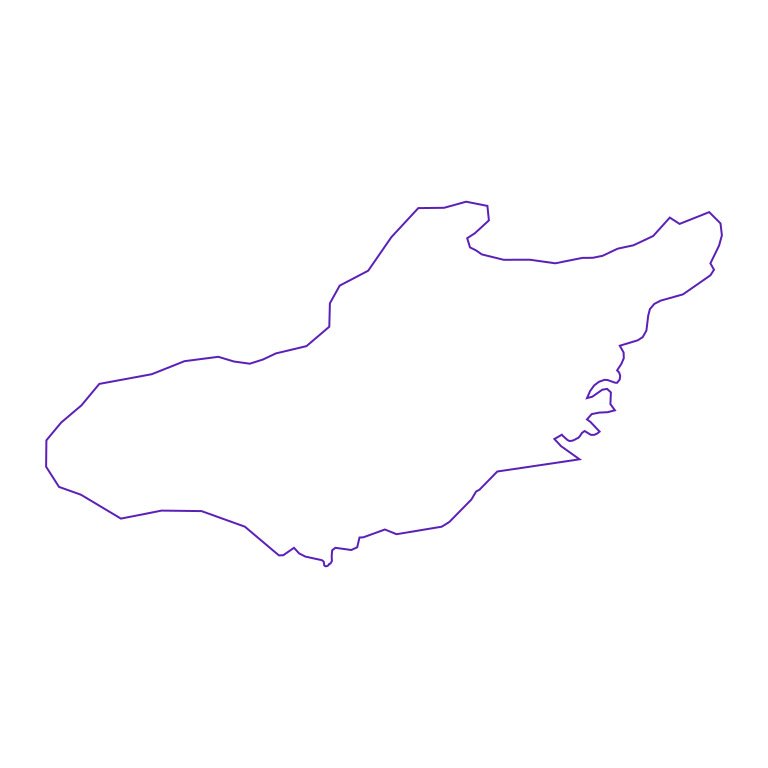 Adiyaman, Robinson projection
{"feature_id": "TUR-2281", "entity_name": "Adiyaman", "entity_type": "Province", "adm_level": 1, "iso_a3": "TUR", "parent_name": "Turkey", "parent_adm1": "", "projection": "robinson", "projection_center": [38.577, 37.82], "detail": "fine", "context": "isolated", "style": "outline", "palette": "violet", "viewbox_px": 768, "rotation_deg": 0, "n_neighbors": 0, "source": "natural_earth", "source_scale": "10m", "svg_char_len": 1764}
<svg xmlns="http://www.w3.org/2000/svg" viewBox="0 0 768 768"><path d="M120.9,518.6L80.9,494.7L59.0,486.9L46.1,466.7L46.4,440.3L61.1,422.6L81.5,405.3L99.3,383.9L151.8,374.2L184.4,361.2L218.3,356.8L233.9,361.5L249.8,363.7L263.0,359.5L275.9,353.4L306.5,346.1L329.3,326.7L329.9,303.3L339.7,285.6L368.2,270.7L391.4,237.1L418.3,208.1L444.1,207.8L466.1,201.7L487.4,205.9L488.9,220.4L474.8,233.3L467.2,238.2L470.0,247.4L475.9,250.3L481.8,254.4L503.7,259.8L529.6,259.7L555.3,263.3L582.3,257.9L592.8,257.8L602.6,255.8L617.6,248.7L633.4,245.3L653.2,236.0L669.8,217.6L679.6,223.9L709.2,212.1L720.5,223.4L721.9,235.3L719.1,245.5L710.4,263.4L714.0,269.7L710.5,275.2L697.2,284.5L682.9,294.4L660.7,300.6L654.3,303.9L649.9,309.1L648.2,315.7L646.4,330.6L642.7,337.1L637.8,340.3L619.8,345.7L623.6,352.5L623.8,358.2L621.4,363.8L617.1,370.4L619.1,372.5L620.2,375.8L619.7,379.5L617.1,382.8L615.1,382.7L607.8,380.1L604.6,379.8L598.9,381.8L594.1,385.5L590.2,390.9L587.0,398.1L592.3,396.7L602.3,389.7L607.1,388.9L610.9,392.4L610.4,404.1L614.9,410.3L607.6,412.2L599.2,412.6L591.7,414.1L587.0,419.4L590.3,421.8L599.6,431.6L597.1,433.6L594.1,434.9L591.0,434.9L584.6,431.0L581.9,433.0L579.8,436.3L578.1,438.0L576.8,438.5L574.9,439.6L572.4,440.7L569.4,441.0L567.5,440.0L562.6,435.7L561.9,434.7L554.4,439.0L561.1,446.2L579.5,459.3L497.3,471.5L479.5,489.7L476.1,491.5L471.4,499.5L449.3,522.0L441.7,526.7L396.5,534.2L384.9,529.5L363.4,537.3L359.5,537.5L357.2,547.3L351.3,550.0L335.4,547.8L332.2,550.2L331.7,555.7L331.9,561.1L330.4,563.6L329.2,564.0L328.6,565.0L327.6,565.9L325.6,566.3L324.3,565.5L323.7,561.6L321.9,560.2L305.4,556.6L299.1,553.4L294.0,547.8L283.3,555.2L279.0,555.4L273.8,551.1L244.9,526.7L201.5,511.1L161.6,510.6L120.9,518.6Z" fill="none" stroke="#5b21b6" stroke-width="2"/></svg>